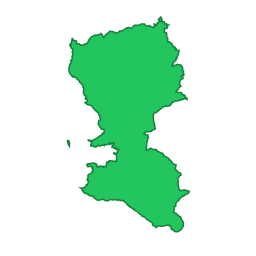 Probolinggo, Jawa Timur, Indonesia, rotated 265°
{"feature_id": "22746128B57336658570108", "entity_name": "Probolinggo", "entity_type": "district", "adm_level": 2, "iso_a3": "IDN", "parent_name": "Indonesia", "parent_adm1": "Jawa Timur", "projection": "natural_earth1", "projection_center": [113.292, -7.852], "detail": "fine", "context": "isolated", "style": "filled", "palette": "green", "viewbox_px": 256, "rotation_deg": 265, "n_neighbors": 0, "source": "geoboundaries", "source_scale": "gbopen_adm2", "svg_char_len": 5828}
<svg xmlns="http://www.w3.org/2000/svg" viewBox="0 0 256 256"><g transform="rotate(265 128 128)"><path d="M229.7,166.2L227.3,165.0L229.0,164.0L229.3,163.1L227.0,163.3L225.9,162.1L227.1,159.4L228.2,158.4L227.7,156.9L227.9,155.7L228.6,154.3L230.1,153.6L230.5,150.7L229.3,147.3L229.8,144.5L229.6,143.1L227.1,140.3L227.3,138.7L228.1,137.9L227.8,135.4L225.2,130.7L225.5,128.5L223.3,125.6L225.3,121.2L226.0,118.2L224.3,116.8L224.4,116.4L222.9,114.0L220.2,111.7L220.6,111.1L223.0,110.7L224.4,109.5L223.8,109.2L223.6,106.7L223.1,106.0L223.4,103.5L222.1,99.6L219.7,97.1L215.5,94.5L215.5,92.4L214.3,89.6L214.6,88.5L216.1,86.4L216.3,84.0L219.1,84.2L219.8,83.2L219.8,80.7L221.6,80.9L222.0,80.2L217.4,78.9L217.2,78.1L215.7,77.3L215.2,78.5L214.5,78.0L214.5,78.4L213.9,78.1L212.1,78.6L211.8,79.8L210.4,79.8L208.3,79.0L208.0,79.6L206.3,79.6L204.0,78.4L202.5,78.6L200.9,78.1L200.1,77.7L200.6,77.3L200.4,77.0L200.2,77.5L197.2,76.4L196.8,75.7L192.6,74.4L189.8,74.2L188.0,74.6L183.8,77.2L183.5,78.3L184.1,78.0L184.3,78.2L183.5,78.7L182.9,80.4L181.5,81.2L179.2,83.6L177.7,83.8L177.1,84.7L174.1,86.9L172.2,86.7L171.7,87.3L167.4,86.7L165.6,87.0L164.4,87.6L163.1,89.1L161.7,88.2L160.4,88.2L160.0,89.7L159.0,90.3L157.9,89.5L157.0,87.5L154.7,89.8L154.0,92.7L152.7,94.0L149.4,96.1L146.3,98.9L146.0,99.7L143.1,100.4L142.8,100.9L141.2,100.8L139.6,101.5L137.9,100.8L138.0,99.8L137.1,99.3L134.5,98.7L129.1,101.4L128.7,104.0L128.3,104.1L126.0,103.9L125.4,103.6L124.9,102.2L124.4,102.7L124.4,102.0L123.7,101.8L121.9,97.9L121.3,97.6L118.7,92.0L118.6,89.7L119.5,88.4L119.3,87.3L118.5,87.9L118.2,89.4L117.8,90.0L117.3,89.9L116.8,90.8L115.2,90.2L114.9,89.5L113.8,89.6L113.5,88.7L113.0,91.6L112.4,92.4L111.9,94.5L112.7,94.7L112.8,96.6L113.2,96.8L112.6,98.1L112.6,99.5L113.4,100.5L112.5,103.0L113.4,103.4L113.3,106.2L113.9,107.9L115.0,108.2L114.3,109.9L113.4,109.3L114.3,112.9L112.2,112.2L111.9,110.8L110.1,110.4L110.0,111.5L109.0,112.5L109.6,114.0L108.8,113.6L108.2,113.9L107.2,115.3L107.6,115.6L107.1,115.8L107.4,116.1L107.0,116.1L107.4,116.7L107.1,116.9L104.7,115.7L104.9,115.1L103.6,114.8L103.8,113.1L104.4,112.4L104.3,111.6L103.8,111.4L102.3,114.2L96.7,113.8L96.7,113.5L95.7,113.3L97.0,106.9L96.9,106.2L95.3,105.8L95.9,104.0L91.4,102.6L91.8,100.7L91.4,100.5L91.5,100.0L91.1,99.9L91.2,99.5L91.7,99.7L92.2,98.6L92.6,96.4L91.5,95.6L92.0,93.7L93.6,94.0L93.9,93.2L94.4,93.3L94.5,93.9L94.7,92.9L95.1,93.0L96.1,90.9L96.0,87.6L95.6,86.2L96.0,85.4L95.4,83.9L94.6,83.8L92.9,84.6L93.1,87.3L92.4,88.7L91.9,88.6L91.2,89.5L90.8,88.8L89.5,89.2L87.8,88.6L87.6,89.1L85.8,86.7L85.2,84.9L84.2,83.9L82.3,83.9L79.8,82.7L79.3,83.5L77.7,83.9L75.5,82.9L75.1,81.6L74.5,82.1L72.7,79.4L72.0,77.6L72.3,75.6L71.0,77.1L69.9,77.0L69.7,77.7L68.5,77.5L66.8,79.5L66.9,80.0L66.4,80.0L66.5,80.6L65.6,82.4L65.1,82.3L64.9,83.0L64.0,83.6L63.4,86.5L63.1,86.4L62.9,87.3L61.9,88.2L61.5,88.0L61.4,88.7L60.1,89.5L58.5,91.7L59.2,96.6L59.0,97.6L58.0,98.3L57.1,101.4L57.9,102.7L58.2,104.7L57.6,106.6L57.9,108.5L57.6,109.9L56.8,111.3L57.3,111.4L57.5,112.0L56.8,113.6L56.3,113.9L56.6,115.7L56.2,116.8L55.6,116.9L55.7,117.6L54.4,118.4L53.7,119.7L52.0,120.3L52.1,120.8L51.3,121.2L51.3,121.6L50.3,121.7L50.0,122.6L49.4,122.8L49.6,123.2L48.8,123.6L48.8,124.2L47.4,125.2L46.7,126.7L46.2,126.7L46.2,127.4L44.8,128.2L43.9,130.0L41.4,132.1L41.0,133.0L39.0,134.2L37.8,137.0L35.5,138.6L31.8,143.4L31.0,144.1L28.8,144.2L28.0,146.1L26.6,147.0L26.5,148.0L27.5,148.6L27.9,150.0L27.1,152.8L27.9,159.9L25.5,162.1L23.1,162.6L22.5,164.6L21.3,165.0L20.7,165.7L20.3,167.9L20.4,168.7L22.6,172.7L24.0,173.2L25.0,174.4L27.9,175.0L29.8,174.6L33.1,172.9L34.5,172.9L35.8,171.1L38.6,168.6L40.2,165.9L42.6,167.0L44.8,167.0L46.4,168.9L48.8,169.0L51.5,171.9L51.6,172.5L52.9,173.0L55.2,176.3L55.4,177.7L56.6,179.4L57.4,181.8L58.4,183.1L59.6,183.4L61.4,179.1L61.0,175.3L61.7,174.3L63.0,173.4L67.7,172.9L70.2,173.4L73.4,173.0L76.1,175.6L76.6,176.8L78.5,176.3L79.4,174.4L83.0,171.5L87.0,172.7L88.5,169.7L92.1,167.6L92.6,166.5L93.7,166.3L95.4,164.4L95.4,163.7L96.1,163.3L96.0,162.9L96.8,161.7L97.8,161.3L97.8,160.9L98.5,160.5L98.9,160.8L99.6,160.4L102.3,155.0L102.9,155.1L103.4,154.3L104.1,154.2L104.3,152.4L104.1,151.7L104.5,150.4L105.3,150.0L105.8,148.6L105.5,147.5L104.9,147.3L104.5,144.1L112.0,145.6L116.4,147.1L116.7,147.6L117.4,147.0L119.3,147.2L119.6,144.9L120.8,144.5L121.0,143.4L122.5,145.2L122.7,151.0L123.5,151.8L124.7,155.1L134.8,154.0L138.8,154.4L139.9,154.8L140.8,155.9L140.9,157.2L141.9,158.9L145.8,164.4L146.3,166.0L146.4,171.3L147.7,172.9L149.5,174.2L150.6,177.2L151.1,182.4L151.7,183.7L151.5,184.7L152.5,187.1L151.3,189.4L152.4,189.4L152.4,188.7L153.1,188.4L153.3,187.7L153.8,187.9L153.9,187.2L155.0,187.7L156.1,186.9L156.3,186.2L156.0,185.9L157.3,184.6L158.5,184.5L159.0,181.1L159.8,178.8L161.1,179.7L161.4,180.7L164.1,182.7L165.0,184.3L166.5,183.3L170.0,183.6L172.3,185.3L172.1,186.7L172.4,187.1L174.0,187.1L174.9,185.5L175.8,186.8L175.6,188.1L176.4,188.4L178.4,188.0L179.9,188.3L181.2,187.1L182.3,187.7L183.8,187.5L186.0,186.3L186.4,185.5L186.5,183.6L187.0,183.3L187.1,182.7L186.2,180.0L185.4,178.6L186.6,177.1L187.4,178.5L189.5,178.7L189.7,179.4L190.1,179.4L190.7,180.5L190.8,181.5L192.4,181.7L192.8,182.3L192.9,181.8L193.8,182.2L194.3,183.0L196.8,184.5L201.0,185.6L200.9,184.1L201.6,182.5L202.5,182.9L202.9,182.0L203.2,182.4L203.5,182.0L204.3,181.9L204.2,181.5L205.1,180.9L205.4,179.9L208.3,179.1L209.0,177.9L209.8,177.4L210.8,175.0L213.7,175.5L215.2,174.5L218.8,174.7L219.6,174.5L220.3,172.4L222.3,172.9L223.4,172.6L223.8,172.9L223.9,175.1L224.3,175.9L224.8,176.2L226.7,175.7L226.6,176.6L227.0,177.2L227.1,176.2L228.5,175.4L228.3,173.9L230.7,173.4L230.9,171.3L234.2,171.2L235.7,170.3L233.3,167.7L231.5,170.1L231.2,169.3L231.4,168.3L230.6,168.1L230.5,167.1L229.7,166.6L229.7,166.2ZM120.8,66.6L117.3,67.0L115.1,68.0L117.4,68.4L119.6,68.2L120.5,67.7L120.8,66.6Z" fill="#22c55e" stroke="#15803d" stroke-width="1.5"/></g></svg>